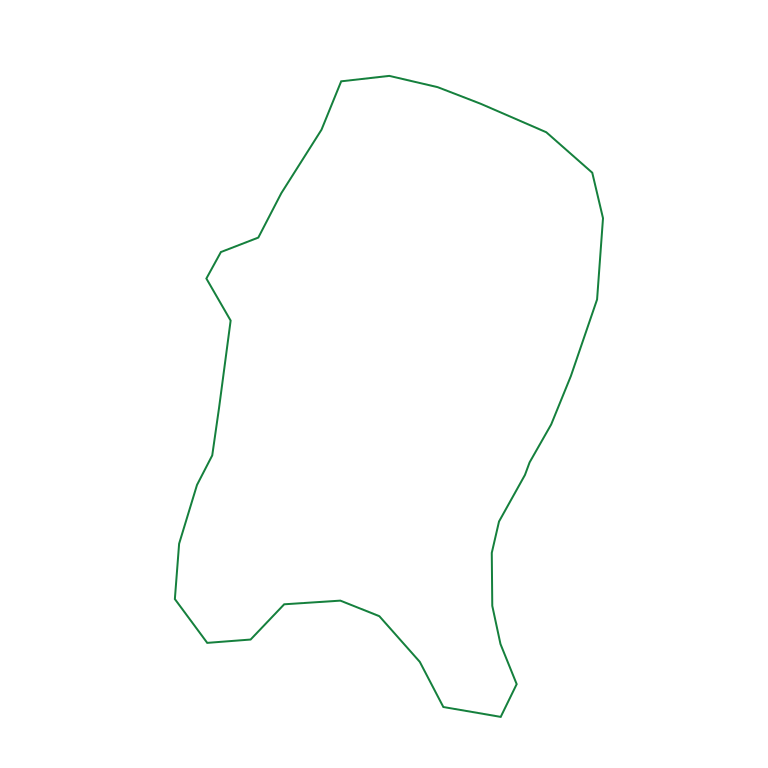 City of Minsk, Robinson projection, rotated 103°
{"feature_id": "BLR-4825", "entity_name": "City of Minsk", "entity_type": "Municipality", "adm_level": 1, "iso_a3": "BLR", "parent_name": "Belarus", "parent_adm1": "", "projection": "robinson", "projection_center": [27.633, 53.903], "detail": "fine", "context": "isolated", "style": "outline", "palette": "green", "viewbox_px": 768, "rotation_deg": 103, "n_neighbors": 0, "source": "natural_earth", "source_scale": "10m", "svg_char_len": 606}
<svg xmlns="http://www.w3.org/2000/svg" viewBox="0 0 768 768"><g transform="rotate(103 384 384)"><path d="M646.6,187.2L682.1,195.4L685.4,253.5L646.7,286.6L611.3,336.3L604.9,377.8L621.1,431.7L663.0,456.5L676.0,498.0L640.6,539.4L585.7,547.7L524.4,543.5L492.2,535.3L443.8,539.4L356.7,547.7L321.2,580.8L292.1,572.6L269.6,539.4L221.2,527.0L150.3,502.1L98.7,493.8L82.6,448.2L82.7,398.5L89.2,352.9L102.2,282.5L131.3,228.6L173.2,207.9L253.7,195.4L334.2,203.7L385.8,212.0L427.6,224.5L440.9,226.2L492.1,241.0L524.3,241.0L575.8,228.6L611.2,212.0L646.6,187.2Z" fill="none" stroke="#15803d" stroke-width="2"/></g></svg>